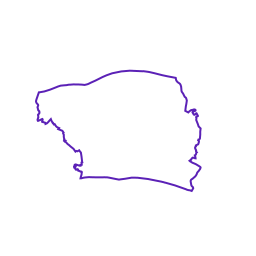 the district of Mo Cay Nam, Bến Tre, Vietnam, rotated 133°
{"feature_id": "81297802B48166206611574", "entity_name": "Mo Cay Nam", "entity_type": "district", "adm_level": 2, "iso_a3": "VNM", "parent_name": "Vietnam", "parent_adm1": "Bến Tre", "projection": "albers", "projection_center": [106.374, 10.071], "detail": "fine", "context": "isolated", "style": "outline", "palette": "violet", "viewbox_px": 256, "rotation_deg": 133, "n_neighbors": 0, "source": "geoboundaries", "source_scale": "gbopen_adm2", "svg_char_len": 5458}
<svg xmlns="http://www.w3.org/2000/svg" viewBox="0 0 256 256"><g transform="rotate(133 128 128)"><path d="M91.2,171.5L98.8,176.9L104.0,179.6L107.9,181.3L115.7,184.2L120.2,186.1L122.1,186.8L123.3,187.3L124.6,188.1L126.1,189.1L126.3,189.4L127.9,191.5L129.6,193.5L133.4,197.7L135.6,199.7L136.9,201.0L138.6,202.2L140.1,203.6L142.9,206.1L143.8,206.6L145.4,207.5L146.5,208.0L150.5,209.9L153.0,211.1L158.3,214.1L161.9,216.8L162.7,217.5L169.2,214.6L170.6,213.9L171.3,213.4L171.5,213.1L171.9,212.4L172.1,211.8L172.2,211.0L172.2,210.4L172.3,209.7L172.5,209.4L172.6,209.2L173.1,208.9L174.5,208.4L174.9,207.7L175.0,207.5L175.2,207.3L175.4,207.1L175.6,206.7L175.8,206.2L176.1,206.0L176.2,205.8L176.3,205.5L176.2,204.4L176.3,204.2L176.6,204.1L176.8,203.9L177.0,203.6L177.0,203.4L177.2,203.2L177.7,202.9L178.6,202.8L179.3,202.9L179.5,202.8L179.8,202.8L180.0,202.6L180.2,202.0L181.1,201.2L181.4,200.8L181.6,200.7L181.8,200.6L182.1,200.6L182.5,200.3L183.1,200.1L183.4,200.0L183.5,199.8L183.7,199.5L183.8,199.4L184.1,199.2L184.2,198.7L183.9,198.5L183.7,198.4L183.3,198.3L182.9,198.1L182.5,197.9L181.8,197.6L180.6,197.2L179.8,196.8L179.8,196.7L179.9,196.3L180.6,195.8L181.4,195.4L181.8,195.3L182.0,195.1L182.1,194.9L181.5,193.9L181.4,193.9L181.1,193.1L180.9,192.7L180.6,192.1L180.6,191.9L181.0,191.5L181.3,191.1L179.9,190.5L178.4,190.4L175.1,190.5L174.1,190.5L174.8,189.1L175.0,188.5L175.4,187.4L175.7,186.4L175.4,186.3L175.9,184.5L175.2,184.2L175.8,181.8L175.8,181.4L175.8,180.8L175.7,180.3L175.4,179.3L175.4,179.1L175.1,178.7L175.0,178.3L176.4,178.2L174.8,174.1L175.3,172.0L176.0,172.0L176.1,171.9L176.3,171.6L176.6,170.5L177.1,170.0L177.7,169.4L177.8,169.4L178.0,169.2L178.5,168.6L179.0,168.0L179.2,167.6L179.3,167.3L179.5,167.2L180.2,166.7L179.9,165.4L181.0,165.7L181.0,164.7L180.6,164.6L180.9,161.5L180.9,160.9L180.8,160.3L180.7,159.4L180.7,157.9L180.7,157.4L180.6,156.2L180.4,153.7L180.5,153.1L180.8,151.8L180.9,151.4L181.1,150.4L180.8,150.4L180.6,150.3L180.3,150.3L180.0,150.1L179.9,149.8L179.7,149.4L179.5,149.1L177.6,148.5L178.0,146.9L178.0,146.3L178.1,145.7L180.6,142.5L182.9,139.8L184.0,138.5L184.3,138.0L185.0,138.4L186.4,136.8L187.4,137.6L187.7,137.3L187.6,137.0L187.8,136.9L188.2,137.3L188.4,137.4L189.3,139.2L190.3,141.4L190.5,141.5L191.2,141.9L191.3,141.9L191.5,141.8L191.5,141.7L191.4,141.5L191.2,141.4L191.2,141.2L191.2,140.7L191.1,140.4L191.3,140.2L191.6,140.3L191.8,140.4L192.0,140.6L192.2,141.0L192.4,141.2L192.6,141.3L193.0,141.2L193.4,140.7L193.7,140.3L193.7,140.2L193.0,140.0L192.8,139.9L192.8,139.7L193.2,139.2L193.6,138.7L194.0,138.2L194.0,137.8L194.0,137.6L193.9,137.5L193.6,137.2L193.4,137.1L192.8,137.0L192.6,136.9L192.5,136.6L192.4,136.4L192.5,136.1L192.7,135.9L192.9,135.7L193.1,135.5L193.2,135.3L193.2,135.2L192.6,134.4L192.5,134.2L192.4,134.0L192.4,133.6L192.4,133.2L192.2,132.8L191.9,132.6L191.6,132.3L191.6,132.1L191.7,131.7L191.9,131.5L192.3,131.3L193.8,130.2L196.2,129.0L197.2,128.4L196.7,127.9L194.8,126.7L193.5,125.7L190.6,123.1L188.1,120.2L184.2,115.9L180.1,111.6L178.3,109.6L177.1,107.8L176.0,106.0L174.4,103.4L173.6,102.1L172.2,99.9L171.9,99.4L171.2,98.9L167.1,95.5L162.0,91.6L158.1,87.4L151.6,78.5L150.8,77.2L149.7,75.4L148.5,73.5L147.6,72.0L146.6,70.4L144.6,67.2L144.0,66.1L143.3,64.9L142.9,64.0L142.4,63.2L140.2,58.9L138.0,54.6L133.3,43.9L132.9,42.7L132.2,41.4L131.4,40.3L130.9,39.2L130.6,38.5L127.6,39.2L127.4,39.5L127.1,39.9L127.0,40.3L127.0,40.9L127.0,41.4L126.9,42.1L126.8,42.3L126.7,42.6L124.9,45.0L124.1,46.0L123.6,46.3L123.1,46.5L122.2,46.5L121.3,46.2L120.3,46.1L119.3,46.0L117.5,45.8L116.0,46.0L114.8,46.3L114.1,46.7L113.8,46.8L113.2,46.9L112.8,47.0L111.1,47.0L110.4,47.1L109.9,47.2L108.8,47.3L108.2,47.6L107.6,47.8L107.3,48.1L107.2,48.5L107.3,49.4L108.1,53.4L108.6,54.9L109.5,57.3L109.7,58.6L109.9,59.3L110.0,59.8L110.0,60.6L109.6,60.5L109.4,60.4L109.4,60.1L109.2,59.9L109.0,60.0L108.9,60.4L108.8,60.5L108.6,60.5L108.1,60.3L107.8,60.3L107.6,60.4L107.0,60.6L106.7,60.6L105.9,60.5L105.6,60.5L105.4,60.3L105.3,60.2L105.1,59.9L104.9,59.3L104.7,58.8L104.5,58.5L104.3,59.1L104.1,59.0L103.8,58.8L103.6,58.5L103.1,59.2L102.5,60.2L102.4,60.5L101.8,60.3L101.1,60.3L100.5,60.6L99.6,61.1L99.3,61.2L98.9,61.1L98.8,62.1L98.7,62.3L98.3,62.5L98.1,62.7L98.1,63.0L97.6,63.5L97.4,64.0L97.4,64.4L97.3,64.6L97.1,65.0L96.4,65.7L96.3,65.8L95.6,65.8L95.1,65.8L94.8,65.9L94.6,66.4L94.5,66.5L94.2,66.4L92.1,65.6L91.4,65.8L91.1,66.0L90.1,66.5L89.7,66.7L89.4,67.0L89.2,67.3L89.2,67.6L89.2,68.0L89.2,68.3L88.6,68.5L88.4,68.6L88.0,68.3L87.7,68.1L87.2,68.1L86.7,68.2L83.5,70.7L81.5,72.6L78.8,74.6L78.7,77.4L77.4,79.8L75.6,83.6L74.5,84.4L74.1,84.7L73.8,85.2L73.6,85.6L73.2,85.7L72.8,85.6L72.4,85.4L72.0,85.1L71.7,85.0L71.4,85.2L71.2,85.7L71.1,86.2L71.0,86.6L70.6,87.5L70.5,87.8L70.6,88.1L71.0,88.2L72.5,88.2L72.9,88.3L73.1,88.6L73.3,88.9L73.3,89.3L73.1,89.7L72.9,90.2L72.8,90.8L72.7,91.2L72.5,91.6L72.2,91.7L71.8,91.6L70.1,90.8L69.4,90.5L69.2,90.5L68.8,90.9L68.8,91.4L69.0,91.9L69.4,92.4L69.8,92.6L70.5,93.0L71.7,93.9L72.1,94.1L73.0,94.3L74.2,94.5L74.9,94.5L75.5,94.5L76.4,97.8L72.8,100.4L70.7,101.7L67.8,103.7L66.6,105.7L66.4,106.3L66.4,106.7L66.5,107.6L66.5,107.9L65.8,109.7L65.7,110.1L65.3,111.0L64.8,113.5L64.2,114.4L62.8,115.9L61.4,117.5L61.1,118.1L60.6,119.0L60.3,119.9L60.3,120.4L60.3,120.8L60.6,122.7L60.6,123.6L60.5,124.0L60.4,124.5L60.4,124.8L60.1,125.5L59.6,126.2L58.8,127.3L63.4,134.6L66.1,139.1L70.0,146.2L72.3,150.2L73.0,151.3L74.6,153.6L75.9,155.4L76.8,156.3L84.8,165.7L91.2,171.5Z" fill="none" stroke="#5b21b6" stroke-width="2"/></g></svg>